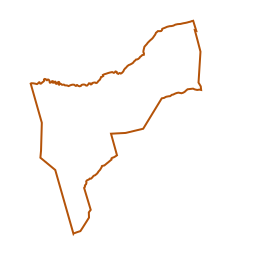 outline of Ebebiyin, Kié-Ntem, Equatorial Guinea, rotated 254°
{"feature_id": "11065452B6027875666302", "entity_name": "Ebebiyin", "entity_type": "district", "adm_level": 2, "iso_a3": "GNQ", "parent_name": "Equatorial Guinea", "parent_adm1": "Kié-Ntem", "projection": "albers", "projection_center": [11.284, 1.979], "detail": "fine", "context": "isolated", "style": "outline", "palette": "amber", "viewbox_px": 256, "rotation_deg": 254, "n_neighbors": 0, "source": "geoboundaries", "source_scale": "gbopen_adm2", "svg_char_len": 3921}
<svg xmlns="http://www.w3.org/2000/svg" viewBox="0 0 256 256"><g transform="rotate(254 128 128)"><path d="M144.4,208.8L148.0,209.4L152.2,208.3L181.4,218.7L192.4,219.0L203.5,219.2L202.7,220.4L213.1,220.2L213.1,219.5L213.1,219.4L213.2,218.7L213.0,217.4L213.1,215.7L213.1,214.8L213.1,213.8L213.2,212.1L213.4,210.4L213.5,208.9L213.5,208.2L213.6,206.9L213.9,205.6L214.2,204.0L214.2,203.3L214.3,202.1L214.2,201.4L213.9,200.0L213.9,199.8L214.0,197.8L214.1,197.5L214.4,196.0L214.5,193.5L214.2,191.4L214.0,189.3L213.9,188.3L212.6,187.5L212.1,186.6L212.2,186.0L212.2,185.5L212.3,185.3L212.9,183.5L211.9,181.4L211.8,181.1L211.3,180.7L210.3,179.9L209.3,178.6L207.9,176.9L207.4,176.1L207.0,175.4L206.9,175.1L206.0,173.2L204.5,170.5L203.4,169.1L202.7,167.9L201.6,166.2L199.9,165.2L198.1,164.2L197.6,164.0L196.8,163.7L195.4,163.9L194.5,163.6L194.0,163.4L194.1,162.6L194.2,161.9L193.9,161.3L193.5,160.6L193.1,159.4L192.2,158.3L191.6,157.0L191.4,155.8L191.6,154.6L190.8,153.3L190.3,152.1L189.4,151.1L188.8,149.4L188.4,147.4L188.3,146.0L187.6,144.3L186.5,142.7L186.2,141.9L185.1,140.3L183.7,139.1L182.7,137.5L182.3,136.1L183.0,135.4L183.2,134.8L182.7,133.6L183.5,132.7L183.8,132.6L185.0,132.6L185.2,132.4L185.5,132.1L185.6,131.9L185.8,131.5L185.7,131.3L185.4,131.1L185.2,130.9L184.9,129.6L186.1,128.2L186.3,126.0L186.3,123.9L186.2,122.2L186.2,120.7L186.1,119.5L185.9,118.5L184.8,118.5L184.4,117.1L184.4,116.1L183.5,115.5L182.2,114.3L181.4,112.6L180.7,111.7L180.0,110.6L180.0,109.7L180.8,108.9L181.0,108.1L181.1,106.6L180.5,105.7L180.1,104.9L180.1,104.4L180.2,104.2L180.4,104.2L180.8,104.6L181.0,104.6L181.3,103.3L181.7,102.9L180.9,101.8L180.1,100.4L180.3,99.5L181.4,98.6L181.9,97.8L182.2,96.5L182.2,95.2L181.5,94.4L181.4,93.1L181.9,92.2L182.3,91.7L183.3,91.0L183.4,90.8L183.4,90.7L182.9,90.0L182.8,89.7L182.9,89.4L183.0,89.2L184.3,88.3L184.8,87.2L185.0,86.2L185.0,84.8L185.0,84.4L184.8,83.4L184.7,82.4L185.6,81.3L186.0,80.3L186.4,79.1L187.4,78.3L187.7,76.5L188.7,75.8L189.3,75.1L188.6,73.7L188.8,73.5L188.9,73.4L189.2,73.3L189.8,74.0L190.3,74.5L190.5,74.5L191.1,74.4L191.3,74.3L191.4,74.1L191.4,73.7L190.6,73.2L190.9,72.6L191.0,72.5L191.0,72.4L190.3,71.6L190.2,71.3L190.2,71.2L191.0,70.6L191.3,70.6L191.7,71.0L192.0,71.1L192.3,71.0L192.6,70.8L192.7,70.7L192.2,69.2L192.1,68.7L192.2,68.4L192.4,68.2L192.7,68.1L192.9,68.2L193.3,68.7L193.7,68.7L193.8,68.5L193.9,68.2L193.9,67.9L193.8,67.6L193.2,67.1L193.0,65.9L193.0,65.6L193.1,65.4L193.8,65.3L194.9,65.5L195.7,65.3L196.3,65.0L196.6,64.6L196.7,64.4L196.5,63.9L196.3,63.5L196.2,63.3L196.3,63.1L197.1,62.8L197.7,62.2L197.9,61.9L198.1,61.5L198.0,61.0L197.8,60.6L197.3,60.5L196.8,60.6L196.6,60.5L196.0,59.7L195.5,58.3L194.7,56.8L194.7,56.4L194.8,56.0L195.0,55.8L196.1,55.6L196.4,55.4L196.4,55.1L196.4,54.9L196.0,54.3L195.4,53.1L195.3,52.6L196.2,51.0L196.9,49.6L197.3,48.5L197.6,47.8L197.6,47.2L197.5,46.7L156.8,46.6L130.3,38.2L123.6,35.6L107.7,46.5L41.5,46.4L41.6,46.5L41.9,50.4L42.0,53.8L44.3,56.5L52.6,65.8L57.7,67.1L59.1,68.9L59.6,69.6L82.5,69.3L83.3,70.2L83.3,70.3L83.5,70.4L83.6,70.5L84.5,70.7L85.0,71.2L85.4,72.0L85.6,72.1L85.7,72.3L86.7,72.9L86.9,72.9L87.0,73.0L88.2,73.1L88.9,73.9L89.2,75.4L89.3,76.2L89.4,76.4L89.4,76.5L89.9,77.2L89.6,77.9L89.6,78.1L89.5,78.3L89.6,78.6L90.3,80.1L90.5,80.3L90.9,80.8L91.5,81.8L91.7,83.5L91.8,83.6L92.5,85.3L93.1,86.2L93.7,87.1L94.1,87.3L95.5,89.6L96.9,91.1L97.9,92.1L98.0,92.1L98.6,92.4L98.6,92.7L98.6,93.5L98.6,94.4L98.5,94.9L102.2,103.4L102.3,103.4L102.4,103.5L103.3,103.7L103.7,104.7L103.7,106.0L104.2,108.1L104.6,109.3L104.8,109.9L127.2,110.1L123.9,124.4L123.1,142.4L147.2,168.6L147.1,169.7L147.0,171.1L147.4,172.6L147.5,173.5L147.4,174.6L147.3,175.7L147.0,177.3L147.8,179.3L147.7,180.8L148.1,182.9L148.2,184.7L148.1,186.2L147.4,187.6L146.7,188.9L146.7,190.6L147.1,192.4L147.7,193.5L147.9,193.9L148.8,195.9L148.6,197.1L148.3,199.0L147.9,201.4L146.7,202.8L145.5,205.0L145.2,207.3L144.4,208.8Z" fill="none" stroke="#b45309" stroke-width="2"/></g></svg>